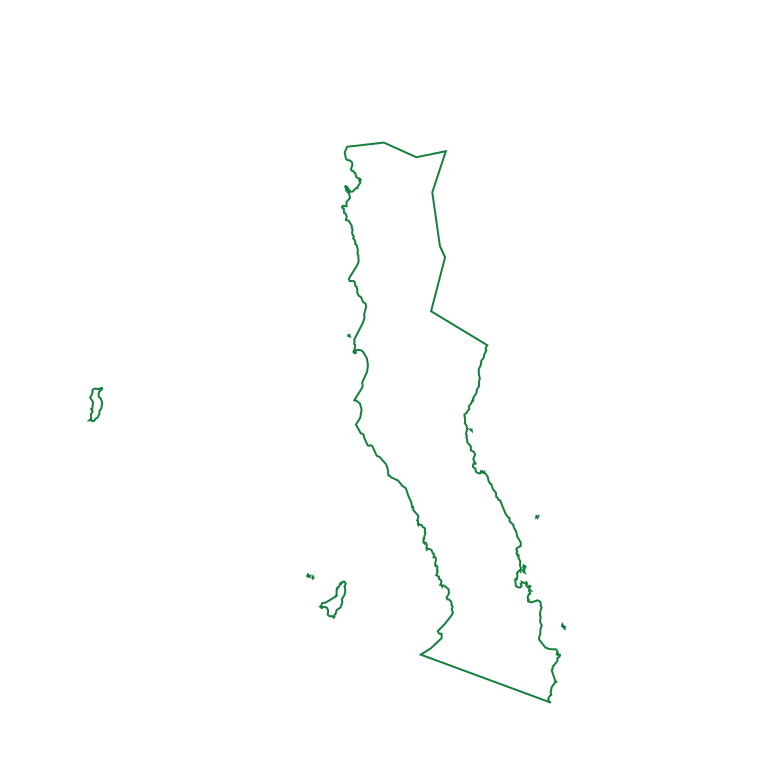 the district of Ensenada, Baja California, Mexico, rotated 21°
{"feature_id": "50627088B13797450449328", "entity_name": "Ensenada", "entity_type": "district", "adm_level": 2, "iso_a3": "MEX", "parent_name": "Mexico", "parent_adm1": "Baja California", "projection": "orthographic", "projection_center": [-114.931, 30.193], "detail": "fine", "context": "isolated", "style": "outline", "palette": "green", "viewbox_px": 768, "rotation_deg": 21, "n_neighbors": 0, "source": "geoboundaries", "source_scale": "gbopen_adm2", "svg_char_len": 6174}
<svg xmlns="http://www.w3.org/2000/svg" viewBox="0 0 768 768"><g transform="rotate(21 384 384)"><path d="M264.6,175.7L264.3,181.8L267.5,187.0L269.3,188.0L272.2,187.6L274.3,188.3L276.0,190.6L276.2,195.1L277.0,196.3L279.4,196.4L281.1,197.7L280.8,197.3L281.4,197.2L284.2,200.9L286.8,201.1L288.1,202.9L287.4,201.7L287.8,201.0L288.6,201.3L288.2,201.8L288.6,201.6L289.0,202.7L288.6,202.7L288.5,203.2L289.3,203.2L289.6,205.3L288.6,209.6L289.0,210.4L288.0,210.7L285.7,215.6L283.8,216.6L278.8,213.2L277.3,213.0L276.9,213.7L278.5,214.8L278.8,216.0L279.6,215.7L279.7,217.0L281.3,216.7L282.1,217.8L281.8,218.1L283.1,218.6L285.6,222.5L283.8,227.5L285.3,231.5L281.5,232.6L281.6,234.4L283.6,234.7L285.5,238.7L286.7,238.5L289.1,240.8L289.7,244.5L292.6,244.3L297.1,247.7L298.0,249.9L299.0,250.4L300.2,254.8L303.1,257.4L303.0,259.1L304.6,259.8L306.7,262.2L306.7,263.3L308.9,264.3L311.5,268.2L312.6,272.0L313.7,272.6L316.5,279.0L316.2,284.2L313.6,297.0L313.7,298.8L315.3,300.2L318.6,298.8L319.9,299.1L322.2,302.8L323.4,303.0L325.0,304.9L326.3,308.4L328.8,310.7L331.2,311.0L335.1,314.9L338.1,315.7L339.6,318.0L340.6,326.4L341.9,328.6L342.4,334.2L340.3,353.5L341.3,354.8L341.7,357.2L342.9,357.7L343.4,358.8L344.1,362.1L343.9,364.9L344.5,365.6L346.2,365.6L346.5,365.0L345.4,363.2L346.7,361.8L349.6,360.8L352.5,361.2L358.7,366.0L362.3,372.2L363.8,378.7L363.1,390.5L364.3,392.3L365.0,395.1L361.9,410.6L362.7,409.6L364.2,409.5L368.5,410.8L372.3,416.0L373.9,424.1L372.4,431.9L380.0,438.4L381.7,438.1L383.3,438.8L385.3,441.9L390.8,447.1L391.9,447.1L393.3,446.0L395.4,446.2L402.8,453.5L406.3,453.8L414.9,458.3L418.6,462.9L420.8,467.8L421.7,467.4L424.1,468.6L431.8,469.1L437.6,472.5L441.9,473.6L447.2,480.2L451.7,484.4L454.2,488.7L454.6,488.1L455.6,488.7L456.5,491.2L463.2,494.7L464.0,497.2L463.8,499.4L464.9,499.6L465.8,502.5L466.3,502.3L467.0,503.5L467.6,502.5L469.8,502.2L471.7,503.8L473.4,503.8L474.3,504.7L475.1,507.6L476.1,508.1L476.3,512.2L476.9,513.7L476.5,514.3L477.0,514.4L476.8,516.0L477.6,517.7L478.6,518.2L478.4,517.6L479.5,517.1L480.5,517.6L481.8,519.1L482.2,521.7L483.4,523.3L484.0,521.9L487.6,521.8L490.2,524.5L491.3,524.6L492.5,528.0L493.5,527.1L494.7,527.9L495.6,529.8L496.3,534.3L497.4,535.5L498.1,534.7L498.7,534.9L499.8,536.4L500.0,538.4L501.0,539.3L500.8,540.4L501.6,541.1L501.2,543.8L504.2,544.2L505.5,546.5L507.2,546.5L508.6,548.2L508.6,551.5L509.7,551.0L511.0,552.2L510.9,551.2L512.1,550.7L517.8,552.4L519.7,556.3L519.0,561.2L520.2,562.3L521.7,561.9L524.0,562.8L525.3,563.7L526.3,566.3L527.9,567.2L528.0,570.1L530.3,572.7L530.1,575.5L526.9,585.8L522.8,595.4L524.8,597.3L527.2,596.5L528.9,600.7L522.4,614.0L515.3,623.5L654.0,621.7L651.4,621.0L650.1,618.7L650.5,616.0L651.6,614.3L650.2,612.5L649.2,607.0L650.7,601.3L651.6,600.3L650.1,599.6L643.1,591.1L643.5,589.1L642.9,588.4L643.0,587.1L645.2,580.2L644.1,577.8L645.6,575.8L645.3,573.7L644.2,573.8L643.8,574.7L642.1,574.5L642.6,572.8L641.8,572.7L641.6,571.4L639.8,570.1L633.5,572.2L629.1,572.2L620.5,567.1L619.6,564.8L619.5,561.4L617.9,556.9L617.8,552.8L615.0,550.3L613.4,544.6L612.7,544.3L611.5,541.1L611.2,536.0L609.7,534.8L608.9,532.4L607.6,531.3L605.1,530.8L600.1,534.9L596.8,535.4L596.1,534.9L595.8,534.0L596.4,533.5L595.1,532.8L594.5,531.2L594.5,528.7L595.7,527.3L593.5,525.1L593.7,524.2L594.7,524.1L592.2,522.8L593.2,520.5L591.9,520.4L591.0,521.8L590.0,521.9L588.8,520.7L589.3,519.2L587.9,518.0L587.3,519.4L583.9,519.4L584.4,519.8L583.2,521.6L584.8,523.0L584.1,525.2L582.4,525.7L579.6,525.4L576.5,519.5L577.6,517.6L577.9,518.8L578.0,518.6L577.4,515.4L575.9,512.9L577.2,509.4L578.6,510.2L578.2,507.4L575.8,504.4L575.0,501.0L571.8,498.1L571.3,496.0L570.1,496.3L569.6,494.8L568.8,495.0L568.1,493.7L568.4,492.2L566.8,491.1L567.0,489.4L569.7,486.2L568.4,482.9L562.9,478.5L560.3,474.4L556.6,471.4L555.3,469.2L550.4,467.2L549.4,464.3L546.9,463.6L543.6,461.2L534.2,451.1L532.1,451.0L530.7,449.4L529.3,449.2L527.6,445.6L523.1,442.9L519.8,438.8L518.5,438.9L516.4,437.0L513.8,433.1L510.5,431.1L509.0,431.4L508.9,430.6L508.6,431.1L507.0,430.1L506.6,430.8L505.8,430.7L505.9,431.8L506.8,431.4L505.6,433.3L502.2,433.3L501.0,432.9L499.9,430.5L496.9,429.6L496.1,428.2L496.1,426.2L497.4,425.7L498.5,426.2L497.3,424.6L495.4,423.7L494.3,421.8L494.3,417.2L492.3,415.2L488.8,414.8L487.4,411.1L482.8,408.8L481.1,405.1L479.9,404.2L479.8,402.5L478.8,401.8L478.1,399.7L477.9,396.9L476.2,393.5L473.4,391.5L473.2,389.7L470.0,383.7L471.7,381.0L471.6,379.0L472.7,376.9L471.2,374.2L472.3,371.0L472.5,367.2L473.1,367.7L473.2,367.1L472.3,364.2L473.5,359.5L472.7,355.9L473.5,352.0L471.8,347.8L471.5,344.5L469.1,341.0L467.1,336.2L467.6,332.1L466.5,327.1L467.7,324.1L467.0,321.0L467.5,315.9L466.8,315.7L466.0,313.1L466.6,310.8L401.9,299.2L395.6,243.8L386.7,235.1L360.4,187.8L358.3,144.5L332.9,160.7L297.3,158.7L264.6,175.7ZM418.1,582.7L416.4,583.3L416.6,584.1L415.0,585.0L415.5,586.2L414.5,586.5L414.7,589.2L413.1,591.5L414.1,592.4L413.7,593.8L415.6,598.3L414.9,598.9L415.4,599.4L407.9,608.9L404.8,610.7L404.8,614.0L404.1,614.7L405.5,615.4L405.6,614.7L406.6,614.9L406.6,614.2L408.7,613.3L410.9,613.4L413.1,615.5L414.1,619.5L416.6,620.4L418.5,619.3L420.8,620.2L421.2,619.2L420.4,617.5L421.2,616.0L420.8,612.0L423.6,608.1L423.3,602.6L421.7,600.1L422.7,595.2L421.8,590.2L419.7,587.2L419.9,584.2L418.1,582.7ZM120.7,493.8L122.7,489.6L122.0,488.7L119.2,491.1L115.8,491.8L114.0,493.9L115.1,497.5L114.5,502.0L118.8,505.0L120.5,511.5L119.6,512.5L121.8,513.9L121.3,517.4L123.0,521.3L121.9,523.6L124.1,522.6L125.2,523.2L126.6,522.3L127.4,519.4L128.5,518.4L129.0,514.2L128.0,510.9L128.8,508.4L127.7,502.5L124.8,499.1L122.0,497.9L120.7,493.8ZM579.4,503.3L579.7,505.2L580.4,505.3L580.9,506.9L580.5,508.0L581.6,508.3L581.4,509.4L582.9,509.6L581.6,508.3L581.5,505.3L581.0,504.9L581.6,503.8L579.4,503.3ZM383.2,589.9L381.2,588.9L381.1,590.8L382.0,591.2L383.8,590.7L383.9,589.5L383.2,589.9ZM636.7,544.6L636.8,546.0L640.3,547.7L640.0,545.9L637.8,545.6L636.7,544.6ZM334.1,350.5L333.2,351.2L333.2,351.9L335.2,351.9L334.1,350.5ZM575.5,452.5L573.6,452.5L574.0,454.2L575.3,452.6L575.3,452.9L575.4,453.1L575.5,452.5ZM387.1,591.2L387.7,590.1L386.7,589.1L386.5,590.5L387.1,591.2ZM482.2,395.2L480.9,395.5L482.7,396.2L482.2,395.2Z" fill="none" stroke="#15803d" stroke-width="2"/></g></svg>